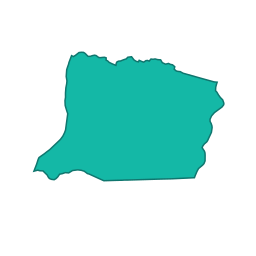 the district of Itaguatins, Tocantins, Brazil, rotated 208°
{"feature_id": "56859067B12932377122476", "entity_name": "Itaguatins", "entity_type": "district", "adm_level": 2, "iso_a3": "BRA", "parent_name": "Brazil", "parent_adm1": "Tocantins", "projection": "mercator", "projection_center": [-47.574, -5.788], "detail": "fine", "context": "isolated", "style": "filled", "palette": "teal", "viewbox_px": 256, "rotation_deg": 208, "n_neighbors": 0, "source": "geoboundaries", "source_scale": "gbopen_adm2", "svg_char_len": 1904}
<svg xmlns="http://www.w3.org/2000/svg" viewBox="0 0 256 256"><g transform="rotate(208 128 128)"><path d="M209.5,150.7L206.7,144.4L204.0,140.9L202.9,138.2L201.7,134.3L199.7,129.7L198.7,127.8L197.6,125.8L196.5,122.6L194.1,118.5L192.8,117.1L190.1,114.4L187.9,112.3L187.4,110.9L182.2,96.9L181.8,93.9L181.7,90.2L182.3,86.2L182.8,84.6L187.0,72.0L188.4,69.1L189.7,66.1L192.7,60.2L192.6,58.2L191.7,53.2L190.8,45.7L187.9,48.4L185.9,48.8L183.0,50.2L177.2,48.5L175.3,47.2L173.7,46.5L171.6,46.7L168.9,47.7L167.8,49.5L167.1,51.7L166.7,55.1L164.5,56.9L162.5,59.1L159.3,60.5L157.0,64.4L152.8,67.4L149.5,68.7L146.4,69.3L144.2,69.0L142.5,68.7L140.7,69.1L128.9,69.8L124.6,70.1L113.4,76.5L108.4,79.3L107.0,80.2L103.5,82.1L77.4,97.0L65.5,103.7L46.0,115.3L46.3,117.4L46.7,121.9L46.7,125.3L44.6,130.5L44.2,132.2L44.5,135.1L47.1,140.1L48.3,142.1L49.6,143.4L53.3,145.4L53.5,147.3L53.1,149.8L52.0,152.6L51.8,154.2L52.0,157.3L52.3,163.3L53.9,167.8L54.9,169.3L56.7,171.0L58.7,172.4L59.7,174.3L59.9,178.0L58.9,182.2L54.8,190.8L54.4,193.5L55.0,194.9L57.6,197.3L60.8,198.3L63.7,199.7L66.4,201.4L68.2,202.0L69.7,205.2L70.3,207.7L70.8,210.3L73.7,209.1L86.3,206.3L105.2,202.2L108.3,202.3L110.3,201.5L112.0,201.0L114.8,201.6L115.5,204.1L118.4,204.7L120.4,204.1L122.6,204.0L124.8,202.0L128.4,201.8L131.2,203.5L133.9,202.3L136.5,201.7L138.2,200.4L140.1,199.7L140.7,197.0L142.5,196.8L143.8,195.9L145.1,193.5L147.0,193.2L149.9,193.0L149.9,191.3L152.0,190.7L154.6,190.9L158.3,192.6L161.4,190.4L162.0,188.2L164.1,186.0L166.1,183.6L167.5,182.8L168.7,181.4L168.8,179.8L168.1,177.6L172.5,177.2L175.4,177.1L177.5,177.7L179.1,177.6L180.3,179.7L182.0,179.4L183.9,178.2L185.3,177.2L186.9,176.5L190.2,177.0L191.7,176.6L193.4,175.2L194.9,173.6L197.0,172.5L200.7,173.7L202.7,173.9L204.7,173.0L206.7,171.6L208.6,167.3L209.8,165.4L211.8,165.4L210.9,158.2L210.4,156.3L210.1,154.1L209.5,150.7Z" fill="#14b8a6" stroke="#0f766e" stroke-width="1.5"/></g></svg>